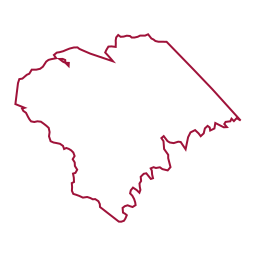 outline of Jacuizinho, Rio Grande do Sul, Brazil
{"feature_id": "56859067B82489470998478", "entity_name": "Jacuizinho", "entity_type": "district", "adm_level": 2, "iso_a3": "BRA", "parent_name": "Brazil", "parent_adm1": "Rio Grande do Sul", "projection": "robinson", "projection_center": [-53.024, -29.051], "detail": "fine", "context": "isolated", "style": "outline", "palette": "rose", "viewbox_px": 256, "rotation_deg": 0, "n_neighbors": 0, "source": "geoboundaries", "source_scale": "gbopen_adm2", "svg_char_len": 2204}
<svg xmlns="http://www.w3.org/2000/svg" viewBox="0 0 256 256"><path d="M132.6,207.0L135.6,205.1L135.2,202.4L134.1,199.0L132.3,195.7L130.1,193.4L130.8,190.3L133.0,187.6L136.6,190.0L139.4,192.7L140.4,189.9L139.8,186.9L139.5,183.5L141.1,181.0L140.7,176.8L143.7,173.8L146.3,173.3L150.8,178.9L153.0,178.2L152.1,174.4L151.8,170.6L150.7,168.4L153.6,167.2L155.9,168.0L159.9,167.3L162.4,169.1L167.7,170.4L170.5,167.1L168.2,158.2L168.2,154.8L164.1,149.0L163.5,141.2L161.4,138.1L163.7,136.1L167.5,141.1L169.8,142.5L173.7,143.1L178.2,141.7L180.7,142.0L185.6,149.3L188.1,137.2L190.5,132.4L195.1,130.1L198.6,133.4L200.7,136.2L203.7,133.4L204.9,128.4L207.6,125.9L209.7,127.5L210.2,130.5L214.4,128.5L215.3,123.0L223.8,127.3L226.9,127.1L224.3,124.0L225.6,121.9L230.3,121.3L231.5,118.7L233.9,121.1L236.7,118.1L240.6,120.5L212.5,89.4L193.6,69.6L166.6,41.8L158.3,41.7L155.4,41.0L153.5,39.5L151.4,38.5L148.1,34.3L145.1,35.6L140.1,35.6L137.7,36.8L134.6,37.5L131.7,37.5L129.9,36.0L126.8,35.7L123.6,36.6L120.6,36.8L118.2,35.0L116.2,37.4L115.7,40.4L115.8,43.3L115.7,46.9L111.5,46.4L108.4,46.6L106.4,49.9L105.2,52.5L107.6,55.1L110.3,58.1L113.0,61.3L90.2,53.6L82.3,50.2L79.4,48.9L77.5,47.4L73.8,47.5L69.5,48.6L66.0,50.0L63.2,51.2L59.5,52.2L56.8,52.6L53.9,55.0L56.2,58.2L51.1,59.2L48.5,59.9L46.2,61.6L42.9,66.7L40.1,68.8L36.1,69.7L31.7,69.7L29.3,73.7L26.8,74.8L22.4,78.6L19.3,79.1L18.0,83.1L15.4,104.1L24.6,107.8L22.1,108.6L23.3,110.9L26.0,112.8L28.0,116.8L29.5,119.4L31.1,121.4L34.3,122.0L37.4,121.3L40.9,121.7L43.7,123.7L46.4,125.8L48.7,127.9L49.6,132.1L49.0,136.3L50.6,141.2L53.5,142.5L56.2,143.0L60.0,143.8L63.0,145.9L64.1,149.0L66.3,148.0L68.8,148.9L71.1,150.3L73.3,152.5L74.6,156.0L72.7,159.2L74.7,162.4L74.9,166.0L77.2,169.7L75.4,172.9L73.0,173.6L73.8,177.6L74.0,182.0L71.8,183.1L72.1,187.1L71.9,190.8L73.3,193.9L76.2,194.8L79.2,195.9L82.9,197.6L87.2,197.0L90.3,198.0L92.8,199.3L95.2,199.1L98.4,201.2L99.8,204.1L100.0,207.0L118.8,221.6L121.2,221.7L123.9,220.8L125.3,218.7L126.8,215.2L125.0,213.7L123.0,212.6L122.6,207.9L124.8,206.2L127.6,205.3L130.3,206.3L132.6,207.0ZM65.4,62.8L63.1,61.8L59.4,59.0L62.6,58.9L65.2,60.0L65.4,62.8ZM65.4,62.8L68.8,62.9L68.6,66.0L65.4,62.8Z" fill="none" stroke="#9f1239" stroke-width="2"/></svg>